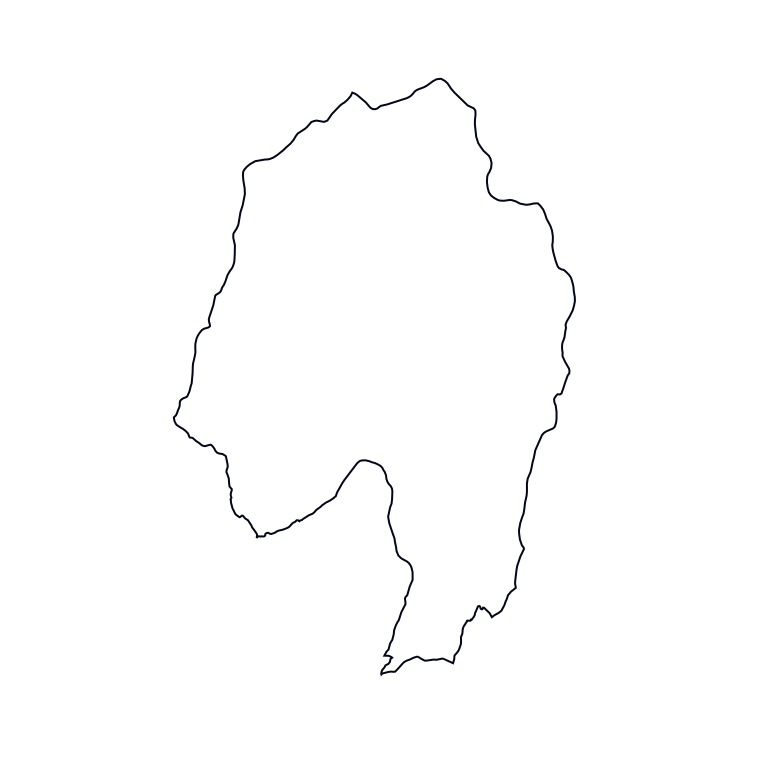 the district of Umbita, Boyacá, Colombia, rotated 162°
{"feature_id": "7082276B74523863570735", "entity_name": "Umbita", "entity_type": "district", "adm_level": 2, "iso_a3": "COL", "parent_name": "Colombia", "parent_adm1": "Boyacá", "projection": "natural_earth1", "projection_center": [-73.449, 5.226], "detail": "fine", "context": "isolated", "style": "outline", "palette": "ink", "viewbox_px": 768, "rotation_deg": 162, "n_neighbors": 0, "source": "geoboundaries", "source_scale": "gbopen_adm2", "svg_char_len": 6165}
<svg xmlns="http://www.w3.org/2000/svg" viewBox="0 0 768 768"><g transform="rotate(162 384 384)"><path d="M452.4,629.2L453.6,626.3L454.1,624.3L454.9,620.8L456.0,613.4L457.6,607.6L463.2,597.6L467.4,591.8L472.7,581.6L473.8,579.9L476.1,577.4L480.6,573.7L481.6,571.5L482.2,569.4L482.9,562.1L485.5,554.5L488.4,546.9L489.9,544.5L491.3,542.6L493.2,540.8L496.0,538.8L499.1,536.0L503.5,530.1L506.1,527.3L507.5,526.3L508.7,525.1L509.5,523.9L510.7,522.6L511.9,521.8L516.5,520.6L517.4,519.8L522.1,511.5L529.7,501.2L530.7,499.4L531.1,497.5L531.3,494.0L531.7,492.7L533.0,492.2L533.9,492.0L537.8,492.2L540.5,491.6L544.0,489.3L546.1,487.5L548.2,485.2L551.0,480.5L552.4,476.4L553.5,472.5L555.3,469.0L559.3,462.4L560.3,460.1L562.8,453.2L566.7,444.1L568.1,442.2L571.4,437.0L574.1,433.9L575.3,432.8L577.3,432.5L579.0,432.5L580.7,432.1L582.2,431.5L583.3,430.7L584.4,428.3L585.1,426.3L586.3,424.6L588.4,422.3L589.4,420.8L591.5,418.5L594.2,417.2L594.7,413.6L594.3,410.5L593.8,409.1L591.4,406.0L589.3,403.7L587.2,400.7L585.9,398.1L585.6,396.9L585.5,393.9L585.3,393.2L582.7,391.9L580.4,387.9L578.0,384.9L576.3,382.2L575.5,381.4L573.5,380.2L568.9,380.0L567.9,379.9L566.9,379.1L565.8,376.5L565.3,374.8L565.0,372.6L564.1,370.4L562.2,368.8L559.2,367.3L556.9,364.6L556.7,364.0L556.9,362.1L557.6,356.1L558.1,353.9L558.7,352.8L560.7,350.1L561.1,348.3L560.9,347.1L560.8,342.1L561.5,339.5L562.6,334.5L561.9,332.4L561.3,331.3L561.4,330.7L561.6,330.0L563.5,327.3L564.2,325.3L564.2,323.3L564.4,322.7L565.6,321.7L565.6,320.6L566.2,318.4L566.5,312.2L566.0,309.5L565.9,308.2L565.5,306.2L564.6,304.6L562.6,302.0L562.0,301.9L559.9,302.7L559.0,302.4L557.5,298.9L555.5,296.5L554.0,291.1L553.8,290.0L553.8,288.5L552.8,285.9L551.3,280.8L551.4,279.5L552.7,276.9L551.9,277.5L551.0,277.8L550.1,277.9L548.4,277.0L547.6,277.0L545.8,276.2L544.6,276.1L543.6,277.0L543.3,277.9L542.7,278.3L541.3,278.5L540.2,278.3L538.5,276.6L537.4,276.2L534.1,276.2L531.2,277.0L529.3,277.1L525.0,276.7L520.3,277.0L518.2,277.5L513.8,280.0L510.9,280.4L509.8,281.1L509.1,281.4L508.0,281.0L506.9,279.6L506.0,280.1L504.2,280.0L502.8,280.6L495.9,282.4L492.0,282.7L489.4,283.8L487.4,285.1L481.9,286.9L480.7,287.6L476.1,289.1L471.6,289.8L468.0,290.8L464.5,292.2L462.0,295.5L454.5,302.4L451.4,304.9L433.8,317.1L430.6,318.3L428.1,318.0L425.1,317.1L422.1,315.3L419.4,313.1L417.4,311.9L414.6,309.4L412.5,307.0L411.5,304.8L411.2,302.5L410.5,300.2L410.3,296.5L411.0,293.1L411.0,290.3L410.4,287.5L409.2,285.0L408.7,282.2L409.2,279.3L411.9,272.0L413.7,268.0L416.3,264.8L421.1,256.5L422.0,249.9L421.9,238.4L421.7,234.2L422.3,230.9L423.0,224.7L423.7,221.1L423.3,216.4L422.4,214.6L421.4,212.8L416.8,207.8L415.6,205.8L414.7,202.6L414.6,200.4L415.0,196.1L417.3,188.9L422.3,183.2L427.1,176.0L429.5,174.6L430.4,173.4L430.9,170.5L431.6,168.0L438.1,161.5L442.9,154.8L444.5,153.6L447.2,150.9L450.3,146.9L452.3,142.6L455.2,138.1L458.4,135.3L461.8,130.0L464.4,128.6L467.6,125.5L463.4,124.0L461.3,122.0L460.8,121.2L462.1,120.8L463.0,120.2L464.2,117.9L466.4,116.4L468.8,116.1L469.6,115.9L470.8,114.6L474.2,112.4L475.3,111.0L476.1,109.5L476.2,108.6L475.1,109.2L469.0,108.8L466.1,108.3L464.1,107.4L462.3,107.0L458.8,108.8L452.5,112.5L450.6,113.4L447.6,113.9L443.9,114.0L440.9,114.5L437.1,114.5L435.9,114.0L432.9,110.5L430.7,108.3L428.7,107.7L422.0,106.6L419.3,105.5L413.2,104.8L411.7,103.7L404.6,97.1L402.3,100.5L401.1,103.5L400.4,104.3L397.9,105.7L395.2,107.7L391.8,112.1L390.8,113.8L389.0,119.4L388.1,120.7L387.1,121.7L386.5,122.6L384.9,126.5L383.6,128.3L382.2,129.7L381.2,130.2L380.3,131.3L379.1,131.9L378.3,133.1L377.8,133.2L375.5,132.3L374.7,132.2L374.2,132.5L374.1,133.1L373.8,133.2L373.3,132.9L373.0,132.9L371.9,133.9L370.9,134.5L369.1,136.2L368.1,138.1L366.6,139.7L363.4,143.4L362.1,143.5L361.6,143.0L361.4,142.1L361.5,140.7L361.3,140.1L360.5,139.4L360.1,139.4L358.9,140.7L358.0,140.3L354.3,133.3L353.5,128.9L350.3,130.0L345.7,130.9L342.4,132.1L338.0,136.3L335.2,140.0L334.3,140.8L331.2,144.9L327.3,147.3L321.6,149.4L321.0,153.7L320.2,155.9L315.6,165.9L313.6,169.7L307.7,177.7L301.9,183.8L301.7,184.9L302.7,188.1L302.8,193.9L301.8,199.5L301.0,202.7L299.8,205.2L297.2,209.9L293.4,215.1L291.5,217.3L289.6,220.9L286.4,227.8L282.9,233.7L281.4,237.2L278.7,245.5L276.5,249.7L271.9,254.9L269.8,258.3L266.9,263.6L264.3,267.5L260.6,274.2L249.5,286.6L246.7,288.2L244.2,288.8L236.9,289.5L234.9,290.5L233.3,292.5L231.8,295.0L230.7,297.5L228.5,304.2L227.3,310.7L227.6,312.0L227.5,314.6L226.9,316.9L226.1,318.0L223.5,319.9L222.1,320.6L219.9,319.7L218.2,320.1L214.2,325.3L211.0,329.8L206.6,335.4L204.6,336.8L203.5,339.2L203.3,341.5L204.9,349.0L205.6,354.9L205.3,356.4L204.4,358.7L204.1,361.0L203.3,364.0L202.3,366.6L201.0,368.8L199.8,370.1L197.9,372.7L195.1,378.4L193.5,381.2L193.1,384.1L190.9,387.0L186.2,391.2L181.7,395.8L178.5,400.7L176.8,403.9L175.7,407.7L174.8,413.7L174.0,416.9L173.6,419.7L173.3,424.0L173.4,427.6L174.3,430.6L176.2,434.4L177.8,437.0L179.6,438.0L181.8,440.2L182.5,442.5L182.7,447.8L182.3,456.8L181.8,460.6L181.1,464.0L179.5,467.2L177.8,472.1L176.8,478.0L176.9,483.0L178.3,490.8L178.3,496.2L178.7,500.8L180.3,505.3L181.8,508.2L185.7,509.4L189.6,509.7L193.4,510.5L198.7,513.4L202.3,517.0L205.5,519.3L207.6,520.2L213.3,521.2L216.8,522.5L218.8,523.8L221.3,526.4L222.7,528.2L224.1,530.5L225.0,533.9L224.8,538.5L223.7,544.3L221.7,549.4L220.4,551.2L218.4,552.9L215.4,556.3L213.4,560.9L213.1,565.3L213.7,568.6L217.3,575.0L218.8,579.7L219.9,583.9L219.9,590.7L217.3,603.0L215.8,607.2L213.6,612.2L212.6,616.0L213.5,618.5L218.3,623.0L226.8,639.1L228.9,644.0L230.6,650.2L232.5,653.5L235.5,656.7L239.9,657.6L244.0,656.8L251.1,654.5L254.2,653.9L261.2,653.6L263.8,653.0L267.9,650.5L270.0,649.5L273.9,648.8L294.5,648.9L301.1,649.5L303.1,648.9L305.1,648.1L307.5,648.1L309.8,649.0L311.6,651.0L314.2,657.3L320.2,667.1L322.2,669.4L324.1,670.9L326.9,668.0L331.1,665.5L334.8,663.9L336.8,663.5L339.5,662.5L344.5,659.9L350.4,656.7L356.1,652.3L356.8,652.0L360.0,651.8L366.8,655.4L369.5,655.7L372.2,655.6L377.4,652.4L380.0,651.2L388.6,648.9L391.2,647.1L394.4,644.2L398.7,641.5L404.7,638.9L407.2,637.6L414.9,634.7L419.5,633.5L422.7,633.3L425.0,633.5L428.0,634.3L437.6,635.7L443.5,634.5L447.7,632.8L450.9,630.8L452.4,629.2Z" fill="none" stroke="#020617" stroke-width="2"/></g></svg>